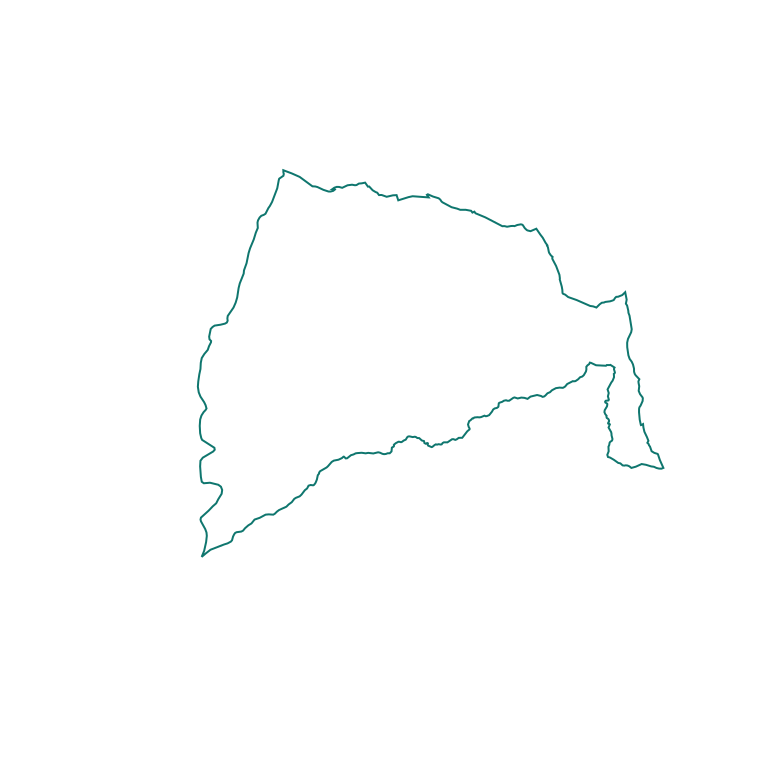 outline of Ciénega, Boyacá, Colombia, rotated 144°
{"feature_id": "7082276B91225455065481", "entity_name": "Ciénega", "entity_type": "district", "adm_level": 2, "iso_a3": "COL", "parent_name": "Colombia", "parent_adm1": "Boyacá", "projection": "albers", "projection_center": [-73.291, 5.4], "detail": "fine", "context": "isolated", "style": "outline", "palette": "teal", "viewbox_px": 768, "rotation_deg": 144, "n_neighbors": 0, "source": "geoboundaries", "source_scale": "gbopen_adm2", "svg_char_len": 6166}
<svg xmlns="http://www.w3.org/2000/svg" viewBox="0 0 768 768"><g transform="rotate(144 384 384)"><path d="M633.1,351.3L627.8,351.7L621.8,351.9L607.8,348.2L604.2,347.0L600.5,346.5L598.8,346.9L595.8,349.3L593.5,350.5L591.9,351.0L590.3,350.7L586.2,348.5L584.2,348.2L581.2,349.0L576.8,349.4L573.2,349.1L568.4,350.4L563.2,348.8L556.6,347.9L553.9,346.3L550.4,343.4L548.7,343.2L545.4,343.7L542.8,343.7L535.1,342.1L532.0,342.6L528.1,342.6L524.1,343.8L522.2,343.7L518.3,342.7L515.8,343.0L510.5,344.6L507.6,344.7L504.8,346.1L502.7,345.4L500.9,343.7L500.2,343.5L498.1,344.0L496.6,344.8L494.4,346.2L491.2,349.1L489.2,349.7L488.5,350.5L486.9,351.0L479.5,350.2L477.7,350.4L472.1,351.7L469.6,351.5L465.3,349.5L461.6,348.8L459.5,349.0L459.1,348.7L458.7,346.3L457.5,345.6L452.5,345.8L450.0,344.9L447.8,344.6L446.4,343.9L442.5,341.5L439.6,338.7L437.3,337.6L433.5,334.1L428.9,332.2L427.7,330.9L426.3,328.4L425.2,327.2L423.6,326.3L421.7,325.8L420.1,324.6L417.6,325.0L415.0,327.9L412.9,327.7L412.3,328.0L411.9,328.9L411.3,329.1L409.2,329.2L406.3,328.8L405.8,328.5L404.4,326.9L403.2,326.6L401.5,326.7L399.1,326.2L396.5,327.3L395.2,327.3L394.0,326.5L392.0,324.2L390.0,323.2L389.3,322.2L388.8,320.7L387.3,319.5L386.6,316.1L385.2,314.3L386.0,312.4L385.3,311.1L383.8,310.9L383.4,310.4L383.4,310.1L384.3,309.4L384.5,308.2L382.6,305.0L381.8,304.7L378.9,304.9L377.5,304.7L376.8,303.8L375.2,303.2L373.6,301.6L372.8,301.3L371.2,301.8L369.8,301.6L367.0,299.5L361.4,299.3L360.2,298.5L359.2,296.9L357.8,296.5L355.2,296.5L352.3,294.5L344.4,296.8L341.5,297.0L340.9,297.7L340.7,299.5L339.8,301.9L336.9,303.9L335.4,303.8L332.5,304.2L332.0,303.7L330.6,303.8L327.9,302.2L326.4,300.9L325.0,300.2L321.3,299.3L320.7,298.2L319.7,297.6L317.2,297.0L312.8,298.2L310.7,299.2L308.9,299.2L306.7,298.3L305.2,298.3L304.7,298.5L302.5,300.9L301.7,301.0L298.8,300.1L296.8,300.0L294.8,299.1L294.0,297.9L292.6,296.9L287.5,296.8L286.3,296.4L284.3,293.7L280.9,292.3L278.5,290.2L276.6,287.6L272.9,287.7L266.6,285.1L264.0,282.0L263.3,280.4L261.9,279.8L260.3,279.8L257.2,280.4L254.5,279.8L251.8,280.2L247.4,279.6L244.1,277.9L241.6,275.8L240.8,275.6L238.9,275.5L235.8,276.3L229.5,275.3L228.9,274.6L227.4,273.8L224.2,273.7L221.4,274.2L219.2,273.5L217.2,273.7L213.3,275.4L211.8,276.7L210.2,279.0L208.4,279.5L206.3,279.5L204.9,280.3L204.1,279.4L201.4,274.5L193.7,268.3L192.7,268.4L190.2,266.6L189.6,266.4L187.8,261.8L188.8,261.3L189.3,260.7L190.4,257.6L191.2,257.1L192.1,257.1L193.9,254.3L197.1,252.3L199.3,251.6L206.3,248.2L207.5,244.6L210.1,242.4L211.3,239.2L212.1,238.8L214.5,240.1L215.4,239.8L215.8,239.0L215.0,236.9L215.5,236.0L216.8,234.8L220.8,233.1L222.2,231.7L222.7,229.6L222.6,227.4L223.3,226.8L223.7,225.6L223.1,224.0L223.3,222.3L224.0,221.4L225.2,221.0L225.9,220.3L225.8,219.9L225.1,219.4L225.0,218.6L227.9,216.8L228.5,211.6L229.1,210.2L230.1,208.7L231.5,205.2L232.7,204.2L235.1,204.2L236.1,203.8L237.6,202.3L239.3,201.3L241.8,197.5L245.0,195.4L245.7,193.3L244.4,191.7L242.6,187.6L240.9,182.5L239.4,180.8L238.8,177.9L237.5,176.7L236.2,176.1L234.9,174.9L233.9,173.2L233.2,170.7L228.9,169.1L222.6,167.8L219.5,164.6L216.3,160.3L214.3,158.4L212.9,155.9L211.3,154.0L209.3,152.4L207.3,151.9L205.5,160.4L203.7,166.1L203.8,166.7L205.8,169.4L207.0,172.3L205.6,177.0L205.6,178.7L205.2,179.8L205.5,181.6L203.5,182.6L202.5,186.4L201.4,192.3L199.7,196.3L198.0,199.3L199.8,199.5L200.3,199.7L200.2,200.1L198.1,204.8L194.3,211.2L192.3,213.9L191.1,215.0L189.1,215.7L184.8,218.2L183.0,220.3L182.7,221.2L182.8,225.3L182.0,228.7L178.8,232.2L177.4,235.3L176.6,236.6L174.6,237.8L175.3,243.2L175.2,244.8L174.5,246.9L172.7,249.5L171.1,253.4L170.5,256.4L170.5,260.0L169.4,263.6L165.6,270.8L163.0,274.5L160.2,277.0L153.6,280.6L151.4,282.7L145.2,295.0L144.4,297.9L143.3,299.7L141.2,304.6L141.1,306.8L138.1,309.6L134.9,316.5L139.0,315.9L143.3,317.0L144.9,318.0L146.4,317.8L148.8,316.9L150.1,317.2L152.5,318.0L156.7,320.3L158.1,320.6L160.0,321.7L162.7,321.7L167.2,321.0L169.2,323.9L171.3,325.9L178.8,338.7L183.9,346.1L184.9,349.8L186.1,351.7L186.1,352.7L184.4,355.3L182.9,358.4L180.3,365.4L179.6,366.1L177.9,369.2L175.4,378.3L174.3,386.0L173.8,387.1L172.9,387.7L173.4,390.0L173.3,392.9L173.0,394.0L171.0,398.3L170.8,400.1L170.3,400.2L170.3,403.3L169.6,409.0L169.7,413.1L169.5,420.1L175.6,421.5L177.5,423.7L178.0,424.6L178.5,427.3L178.3,430.8L178.5,431.6L179.4,432.7L182.7,434.3L185.6,435.0L186.5,435.9L188.3,437.1L192.0,438.9L193.7,440.9L195.5,442.1L204.1,459.3L209.6,468.3L209.6,470.3L211.7,470.7L211.7,472.9L215.6,477.0L220.0,480.2L221.7,482.8L225.4,487.3L229.9,496.6L230.2,497.9L230.1,500.1L230.6,502.1L234.2,506.9L237.0,511.7L238.1,511.8L238.2,508.7L250.5,519.1L254.4,520.8L264.5,524.2L262.8,529.4L265.9,531.4L271.8,533.9L274.8,538.3L277.0,539.8L277.0,542.7L278.0,544.3L279.3,547.4L279.9,552.5L281.0,553.1L280.9,558.0L284.0,559.4L286.5,560.9L289.2,561.1L289.9,561.4L290.9,562.1L292.7,564.0L296.7,566.2L302.5,567.3L304.5,569.8L306.3,571.2L308.8,572.0L311.2,572.0L309.5,570.6L309.4,570.2L311.5,570.1L314.1,571.1L315.8,572.4L318.9,576.7L322.1,582.5L323.5,584.2L325.7,586.0L330.5,601.1L334.9,608.7L339.8,616.1L341.1,614.2L341.6,612.8L343.0,611.6L348.1,611.7L349.4,610.7L355.3,605.1L367.5,597.1L371.7,595.1L374.1,594.3L379.8,591.4L381.8,591.5L384.4,592.2L386.8,591.8L389.8,590.4L391.5,588.9L394.4,584.4L398.7,581.8L404.4,577.5L412.6,572.5L416.6,569.5L424.2,562.5L430.5,558.2L432.6,555.8L441.5,550.2L445.2,547.1L451.9,540.3L456.2,537.0L460.8,534.3L470.4,530.9L472.1,529.2L473.3,527.1L475.0,526.1L477.1,526.3L481.3,528.0L486.7,530.8L489.2,530.9L491.8,530.4L497.6,525.1L498.9,522.7L498.6,520.4L499.5,519.4L503.4,517.4L506.5,515.2L511.7,513.9L516.2,512.1L519.8,508.8L523.7,504.0L527.7,500.4L532.7,495.3L536.2,491.2L538.8,486.1L539.9,481.7L540.2,475.0L540.8,471.7L542.0,468.5L543.7,467.8L546.4,467.3L550.2,465.8L553.6,463.3L557.7,458.4L561.7,452.2L563.6,447.7L564.0,445.7L558.7,432.1L559.6,430.3L561.9,429.8L573.9,430.9L577.6,429.8L581.2,425.4L586.8,416.4L588.9,412.0L588.1,409.6L582.8,406.4L577.3,399.9L576.3,396.8L577.2,393.4L579.9,390.6L585.8,388.2L589.9,386.1L594.4,385.7L600.4,384.6L610.6,383.5L612.1,382.2L612.8,380.5L613.9,371.7L614.9,368.2L616.6,365.3L620.8,360.7L627.6,354.7L633.1,351.3Z" fill="none" stroke="#0f766e" stroke-width="2"/></g></svg>